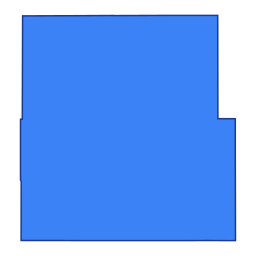 the district of Eddy, New Mexico, United States of America
{"feature_id": "52423323B75257919011753", "entity_name": "Eddy", "entity_type": "district", "adm_level": 2, "iso_a3": "USA", "parent_name": "United States of America", "parent_adm1": "New Mexico", "projection": "natural_earth1", "projection_center": [-104.354, 32.483], "detail": "fine", "context": "isolated", "style": "filled", "palette": "blue", "viewbox_px": 256, "rotation_deg": 0, "n_neighbors": 0, "source": "geoboundaries", "source_scale": "gbopen_adm2", "svg_char_len": 414}
<svg xmlns="http://www.w3.org/2000/svg" viewBox="0 0 256 256"><path d="M20.5,119.2L20.5,127.6L20.5,179.9L21.2,181.5L21.1,240.5L60.0,240.5L60.5,240.5L81.3,240.6L119.8,240.6L178.0,240.6L186.5,240.6L206.4,240.5L230.7,240.6L235.5,240.6L235.3,158.3L235.3,118.7L217.9,118.7L217.7,15.4L172.8,15.4L114.4,15.6L113.6,15.5L77.8,15.7L22.6,15.9L22.3,119.2L20.5,119.2Z" fill="#3b82f6" stroke="#1e3a8a" stroke-width="1.5"/></svg>